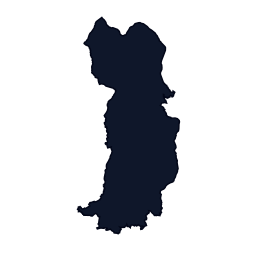 Novaci, Gorj, Romania (Equal Earth projection), rotated 8°
{"feature_id": "2599482B17328442784912", "entity_name": "Novaci", "entity_type": "district", "adm_level": 2, "iso_a3": "ROU", "parent_name": "Romania", "parent_adm1": "Gorj", "projection": "equal_earth", "projection_center": [23.644, 45.237], "detail": "fine", "context": "isolated", "style": "filled", "palette": "ink", "viewbox_px": 256, "rotation_deg": 8, "n_neighbors": 0, "source": "geoboundaries", "source_scale": "gbopen_adm2", "svg_char_len": 5901}
<svg xmlns="http://www.w3.org/2000/svg" viewBox="0 0 256 256"><g transform="rotate(8 128 128)"><path d="M131.2,233.7L133.0,234.0L133.3,233.1L134.2,233.0L134.4,231.5L133.9,231.0L134.5,230.6L134.8,230.1L134.6,229.8L135.2,229.3L134.7,228.6L134.9,228.3L134.0,227.4L134.9,227.6L135.3,227.2L136.9,227.2L137.1,227.0L138.5,226.8L138.8,225.7L139.9,225.2L140.2,223.5L140.7,224.2L141.2,225.6L142.4,225.4L144.1,226.3L144.0,225.6L144.5,224.7L144.5,223.9L145.7,223.4L148.2,224.0L148.7,222.9L150.3,223.8L151.6,222.3L152.6,223.1L153.1,222.8L154.4,224.0L155.0,225.2L154.5,225.6L154.8,226.6L156.2,226.1L157.5,224.0L156.1,223.5L155.9,223.2L157.8,223.4L158.9,222.4L159.8,222.0L159.1,221.1L159.4,220.8L159.3,220.6L158.5,219.4L158.2,219.6L157.7,218.9L157.2,216.9L159.0,216.1L158.7,215.2L159.1,214.7L157.7,212.2L159.0,211.0L158.7,209.7L158.9,210.0L160.3,209.7L160.0,209.0L160.7,208.4L160.0,207.0L161.7,206.9L164.3,209.2L165.0,209.4L166.3,210.9L168.2,210.7L168.1,210.3L171.7,210.3L171.3,208.4L172.1,209.0L172.4,208.1L172.1,207.8L172.9,206.8L172.2,206.1L172.1,204.4L172.4,204.0L172.0,203.4L172.9,203.0L172.9,202.7L172.8,202.2L172.0,201.7L171.6,200.5L171.8,198.8L171.4,198.1L171.8,197.2L171.4,196.6L171.2,195.5L170.3,194.4L170.4,193.9L169.9,193.1L170.1,189.1L168.6,188.1L168.9,187.2L168.8,186.1L169.3,185.1L171.9,183.4L173.0,181.8L173.3,180.5L174.7,178.5L177.2,176.5L179.9,175.1L180.0,174.5L180.6,174.1L180.8,173.4L180.7,172.5L181.7,169.9L182.0,167.3L182.7,165.6L183.0,163.9L182.8,162.9L183.0,162.6L183.2,161.2L181.4,155.5L181.3,153.4L179.8,150.8L179.5,148.8L178.8,147.2L179.1,146.3L178.0,145.5L177.0,143.6L176.9,142.9L177.8,142.0L178.2,140.5L177.6,138.6L175.7,135.3L175.1,134.7L175.2,134.0L176.2,131.9L176.1,131.0L176.4,130.3L176.4,129.5L176.7,128.8L176.3,127.7L176.4,127.0L177.2,125.1L178.3,123.9L178.4,121.8L177.9,117.2L178.1,114.8L177.6,113.4L175.6,111.9L173.4,111.6L169.9,112.2L169.4,112.5L169.0,111.6L165.9,111.2L165.2,110.7L164.0,109.9L164.2,109.7L164.1,108.9L163.2,107.4L161.3,105.8L161.6,105.8L161.9,104.6L160.7,103.9L160.5,103.1L160.2,102.7L156.9,101.2L158.1,98.2L158.9,98.3L159.9,98.0L160.0,97.6L162.7,97.9L161.5,95.4L161.0,95.4L159.5,93.5L158.8,92.1L158.4,89.8L158.9,89.9L159.0,91.2L160.2,92.6L160.9,92.5L160.2,92.2L160.2,91.9L161.2,92.1L161.3,92.6L162.4,92.8L162.3,92.4L162.6,92.3L163.4,92.6L164.5,91.8L164.6,91.0L165.1,91.1L165.0,90.6L165.7,90.2L165.7,89.7L166.7,89.9L167.2,91.0L167.8,90.9L168.5,89.9L168.6,88.4L169.3,86.1L167.6,85.2L167.7,86.0L167.3,86.4L165.2,86.5L164.7,86.0L164.3,84.9L162.9,84.0L161.8,82.3L161.4,82.5L160.3,80.4L159.4,80.3L158.2,79.2L158.0,79.4L157.6,79.0L156.8,77.9L156.5,78.0L156.1,76.9L152.8,70.7L152.5,69.8L152.4,68.5L153.3,65.3L153.2,63.6L152.6,60.9L151.7,59.5L151.5,58.7L151.8,57.9L151.6,57.4L154.2,45.9L153.9,43.2L153.3,42.3L148.7,38.7L148.3,38.0L147.0,37.4L146.3,35.7L145.2,34.5L144.0,32.6L142.8,31.7L141.8,30.3L137.6,27.8L135.0,26.7L133.0,24.9L128.8,22.7L126.5,22.5L125.3,22.0L123.8,22.3L120.5,23.7L119.2,26.0L118.3,26.8L116.8,27.5L115.9,28.4L115.3,30.3L113.7,33.6L113.1,36.0L111.5,36.5L110.7,37.3L109.1,37.4L107.1,36.2L105.9,33.5L103.9,31.9L99.0,30.8L97.5,31.3L96.2,30.8L95.3,31.0L95.1,30.5L92.7,28.9L91.8,27.7L91.4,26.5L89.4,24.3L87.5,23.1L86.7,22.2L81.8,27.1L81.1,29.2L81.3,30.5L80.8,31.4L80.6,33.6L78.3,38.3L77.5,39.1L77.1,39.9L76.6,41.5L75.9,45.7L75.1,46.6L74.3,48.5L73.1,49.2L72.8,50.5L74.8,51.7L75.5,51.6L75.9,52.0L77.2,52.2L78.4,53.2L78.5,54.1L79.4,54.6L79.7,55.3L79.5,55.9L80.2,56.4L80.2,58.7L81.0,59.6L80.7,60.5L81.0,61.5L81.7,62.1L81.7,62.7L82.8,63.6L83.2,65.0L83.0,65.8L83.8,66.8L83.7,68.0L84.4,69.5L83.8,70.9L83.6,72.5L84.2,75.1L84.1,75.8L84.6,77.0L84.4,78.0L85.0,78.8L86.0,79.1L86.6,80.0L87.8,80.8L88.4,81.6L88.6,82.4L91.2,82.8L91.6,83.4L92.2,85.8L92.8,86.1L92.7,87.2L93.4,87.9L93.7,88.7L95.6,87.9L98.4,88.1L100.3,89.5L107.9,90.6L109.0,91.4L110.1,91.6L110.3,92.5L110.7,92.6L110.9,93.1L110.5,94.0L110.5,95.2L109.4,97.2L109.1,98.5L108.4,99.4L108.3,100.6L107.2,102.1L105.7,103.4L104.8,104.8L104.7,106.7L104.3,107.1L104.3,107.6L104.5,109.0L105.1,109.5L105.4,111.4L105.2,113.7L104.5,115.7L102.8,119.0L103.6,120.3L104.8,121.1L104.8,122.4L104.6,123.3L105.1,124.5L104.9,125.2L104.0,125.8L103.9,126.2L104.3,127.3L105.1,128.2L105.4,130.3L105.7,130.4L106.3,129.7L106.9,130.1L107.0,131.5L107.6,132.9L107.2,133.7L107.7,134.9L108.2,135.2L109.0,135.1L108.7,137.2L108.2,138.1L109.6,140.2L108.5,141.0L108.4,141.6L109.5,143.9L109.7,145.0L109.3,145.8L108.4,145.6L107.8,145.8L107.7,146.7L108.5,147.4L109.6,147.1L109.7,148.3L110.7,150.5L114.1,149.1L114.0,150.4L115.6,153.2L115.2,156.4L114.7,157.3L114.3,159.3L114.7,160.5L114.4,160.7L114.5,161.0L113.8,161.6L113.8,162.3L111.9,167.0L111.9,168.8L112.6,171.5L111.5,172.7L111.3,173.3L111.9,175.2L111.6,178.2L111.9,179.1L111.5,179.5L111.6,181.7L112.1,182.9L113.0,183.3L112.8,184.3L113.1,186.2L112.4,186.7L112.6,187.2L112.2,187.4L112.6,187.6L112.3,188.5L111.8,188.8L112.1,189.6L112.9,190.0L113.5,191.5L112.9,191.6L112.8,191.9L113.0,194.1L112.6,194.1L112.6,194.4L112.8,196.9L111.4,197.5L111.9,198.0L110.3,199.5L111.3,200.9L110.2,202.4L110.4,202.7L107.3,205.1L105.2,206.0L104.8,206.0L104.7,205.5L104.1,205.7L102.6,206.6L100.7,207.2L100.8,207.7L99.8,209.0L101.0,210.5L97.6,213.3L96.5,213.7L96.2,213.4L94.8,214.5L94.3,214.5L93.2,214.2L92.7,213.4L91.5,212.5L91.2,213.0L90.4,212.9L89.8,213.3L90.3,215.2L88.8,215.3L91.4,216.4L91.3,216.9L90.5,217.1L90.6,217.7L91.9,217.0L92.2,217.6L93.7,217.8L93.6,218.2L94.0,218.6L94.9,218.7L95.2,219.7L96.3,219.8L96.4,220.5L103.3,219.7L104.0,219.8L103.9,220.2L104.9,220.1L106.8,217.8L107.9,217.1L110.0,218.1L110.0,218.8L110.9,219.8L111.5,220.0L112.3,219.8L112.2,224.7L112.4,225.1L112.2,225.7L112.4,226.3L111.8,227.2L112.9,228.4L113.3,229.3L112.7,230.5L111.1,231.3L111.7,232.2L115.0,230.8L118.2,230.7L118.2,230.1L120.9,229.9L121.3,230.4L120.3,231.6L120.6,232.2L122.1,231.9L124.6,230.6L126.4,232.0L128.5,232.7L128.7,233.7L130.0,233.9L130.9,233.3L131.2,233.7Z" fill="#0f172a" stroke="#020617" stroke-width="1.5"/></g></svg>